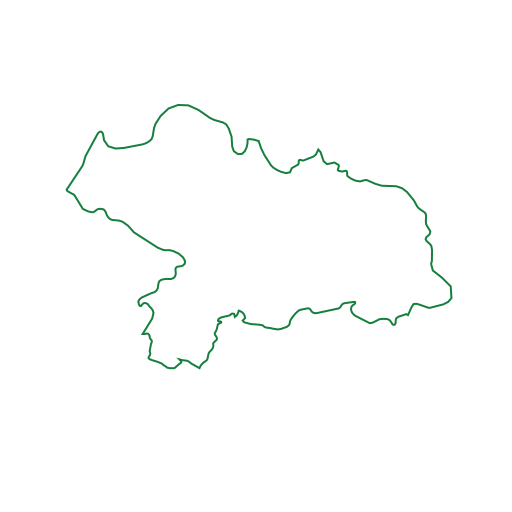 the border of Ubon Ratchathani, rotated 284°
{"feature_id": "THA-426", "entity_name": "Ubon Ratchathani", "entity_type": "Province", "adm_level": 1, "iso_a3": "THA", "parent_name": "Thailand", "parent_adm1": "", "projection": "orthographic", "projection_center": [104.943, 15.155], "detail": "fine", "context": "isolated", "style": "outline", "palette": "green", "viewbox_px": 512, "rotation_deg": 284, "n_neighbors": 0, "source": "natural_earth", "source_scale": "10m", "svg_char_len": 4877}
<svg xmlns="http://www.w3.org/2000/svg" viewBox="0 0 512 512"><g transform="rotate(284 256 256)"><path d="M262.5,455.8L258.0,453.6L254.4,449.5L247.8,437.3L247.5,435.5L248.4,425.9L248.4,423.0L247.4,420.4L243.5,419.2L235.4,417.8L235.4,417.7L236.0,416.0L231.7,409.1L229.7,407.3L228.9,407.1L228.0,407.1L226.3,407.3L225.3,407.6L224.6,407.6L223.4,407.5L222.9,407.0L222.5,406.3L222.5,405.6L222.7,405.1L223.0,404.7L225.2,402.4L225.6,401.8L226.3,400.6L226.5,399.3L226.4,397.6L225.7,394.2L225.0,392.3L224.5,391.1L224.1,390.5L223.6,390.1L219.4,385.1L218.7,383.5L218.4,382.3L222.0,366.9L222.6,365.5L223.0,364.8L224.1,363.2L224.6,362.7L225.2,362.2L227.1,361.2L227.8,361.0L228.6,360.9L229.5,360.9L230.3,361.1L230.9,361.4L231.5,361.7L233.0,363.1L233.7,363.5L234.4,363.6L235.2,363.4L235.3,362.9L235.2,362.2L231.7,353.5L231.3,352.8L230.9,352.2L230.4,351.7L229.9,351.3L229.2,351.0L227.6,350.5L226.9,350.2L226.3,349.9L225.7,349.5L225.3,349.0L224.9,348.4L215.4,329.0L214.9,327.5L214.7,326.2L214.8,325.4L215.1,324.6L215.4,323.9L215.7,323.3L216.8,322.2L217.4,321.5L217.9,320.0L217.8,319.1L217.5,318.3L214.4,311.8L214.0,311.3L213.0,310.3L209.4,308.0L204.7,305.8L203.2,305.3L201.6,304.9L198.2,305.0L197.4,304.8L196.7,304.6L196.2,304.2L195.6,303.8L194.6,302.9L191.2,297.7L190.0,294.9L189.5,288.9L189.6,287.9L189.0,283.0L189.1,282.1L189.3,281.3L190.3,279.3L190.3,277.8L190.1,275.6L188.7,267.5L188.8,261.3L188.9,260.5L189.1,260.0L190.1,258.7L193.2,260.5L195.6,259.2L197.3,257.5L198.4,255.3L198.8,252.5L196.0,252.3L193.7,251.7L191.8,250.2L194.6,248.8L194.4,246.8L193.6,245.9L192.6,245.4L191.8,244.4L190.0,241.2L190.3,241.5L187.8,236.8L186.0,235.0L185.1,234.8L183.9,234.8L183.7,235.2L183.6,235.6L183.9,237.5L183.7,238.1L183.3,238.3L182.6,238.0L180.7,235.7L180.3,235.6L175.0,235.6L173.3,235.3L171.8,234.8L171.0,234.7L170.4,234.8L169.8,235.1L169.4,235.5L168.8,236.3L167.4,237.6L166.8,238.0L166.1,238.2L165.3,238.1L164.7,237.8L162.3,236.3L161.4,235.8L161.3,235.7L160.9,235.7L160.5,235.7L158.7,236.3L157.9,236.4L157.0,236.4L155.5,236.1L154.7,235.8L151.5,234.1L150.8,233.8L150.3,233.7L149.0,233.6L145.5,233.8L143.8,233.7L143.1,233.4L142.5,233.1L139.9,230.8L137.3,229.3L136.7,229.0L135.2,228.6L133.5,228.3L135.4,221.4L135.8,219.7L137.2,216.7L137.7,214.5L137.1,209.8L137.2,206.6L135.8,208.7L134.7,209.2L133.6,208.6L132.2,207.3L128.1,204.5L127.3,203.6L126.3,199.6L126.2,196.6L127.1,195.0L127.3,193.8L128.9,190.4L129.5,186.2L129.8,180.5L130.1,178.1L130.7,176.6L131.3,176.4L132.1,176.4L134.3,177.1L135.1,177.1L135.8,177.0L137.6,176.0L138.4,175.8L145.2,175.4L146.1,175.5L146.9,175.7L147.8,175.6L148.7,175.3L149.7,174.0L150.7,172.9L152.9,172.0L153.9,171.1L154.3,170.3L154.4,169.5L154.4,169.0L154.3,168.6L153.4,166.9L152.9,164.9L170.2,170.4L176.0,170.3L178.4,168.9L180.1,166.8L181.3,164.8L183.2,162.6L183.6,160.3L183.3,158.8L182.0,157.6L179.6,156.5L179.5,155.5L180.4,154.3L183.3,152.8L185.7,153.4L188.2,155.3L194.0,162.6L196.4,166.3L198.6,167.9L201.1,168.5L205.8,168.0L207.8,168.2L209.5,169.3L210.8,171.3L212.1,174.6L213.0,178.9L214.6,181.3L216.6,182.4L219.3,182.5L223.7,181.0L225.3,181.2L226.6,182.2L227.9,185.7L229.0,187.3L231.3,188.8L234.0,188.3L236.9,185.7L239.6,180.4L240.8,174.3L240.7,170.4L239.7,167.0L239.5,164.0L240.3,158.6L249.4,131.9L254.5,124.4L257.0,118.0L257.2,114.2L256.2,107.8L256.6,105.2L257.9,103.1L259.5,101.4L262.2,99.6L263.4,98.3L264.4,96.8L264.0,92.9L263.4,91.6L262.8,90.8L261.7,89.8L260.8,89.2L259.8,88.3L259.1,87.3L258.7,85.7L258.7,82.2L259.8,76.6L271.3,64.9L273.3,57.4L274.5,56.2L301.1,65.7L303.2,66.1L311.6,66.4L335.3,72.5L337.3,73.2L338.8,74.4L339.1,75.4L339.2,76.0L338.0,77.6L335.8,78.8L331.6,80.5L326.7,86.1L326.3,93.6L328.8,101.5L336.9,119.0L339.1,122.3L341.7,124.9L344.2,126.4L347.2,126.8L355.6,126.1L360.1,126.6L368.9,129.6L378.0,135.5L383.7,143.9L385.8,153.9L383.8,164.8L378.8,178.0L377.9,182.6L377.6,191.6L376.4,195.4L373.9,197.9L373.1,198.7L365.9,203.4L356.3,206.5L352.3,209.2L350.5,213.9L351.7,217.7L354.9,219.8L359.1,220.6L363.0,220.5L367.0,219.7L367.7,220.6L368.4,225.1L368.2,230.9L367.5,231.2L361.6,235.0L356.0,239.7L347.6,248.6L345.9,251.5L344.5,255.8L343.7,260.4L343.7,265.2L345.4,268.7L349.9,269.5L354.9,274.7L356.0,275.0L358.6,274.5L359.5,274.7L360.0,275.8L359.9,278.1L360.2,279.0L366.3,287.6L368.9,289.6L374.4,290.7L372.4,293.5L364.3,298.7L362.3,302.8L365.7,309.5L364.2,314.2L363.1,314.7L359.8,314.5L359.0,314.7L358.6,316.0L358.8,319.2L360.3,322.2L360.4,323.3L359.5,324.1L356.7,324.8L355.7,325.4L354.1,329.3L353.2,334.2L353.5,338.9L355.7,342.7L356.5,344.8L354.9,354.5L354.6,361.0L357.6,375.1L357.1,381.3L354.6,387.1L348.1,395.8L343.3,400.2L342.0,401.8L341.0,403.9L339.2,408.7L338.3,410.2L336.2,411.3L330.8,412.4L328.4,413.2L326.7,414.5L322.9,418.4L321.7,419.3L319.0,419.2L315.4,416.7L313.4,416.5L311.9,417.7L309.5,422.2L308.0,423.8L304.3,425.4L293.5,427.9L290.7,427.8L284.7,431.1L280.0,441.6L273.6,452.3L262.5,455.8Z" fill="none" stroke="#15803d" stroke-width="2"/></g></svg>